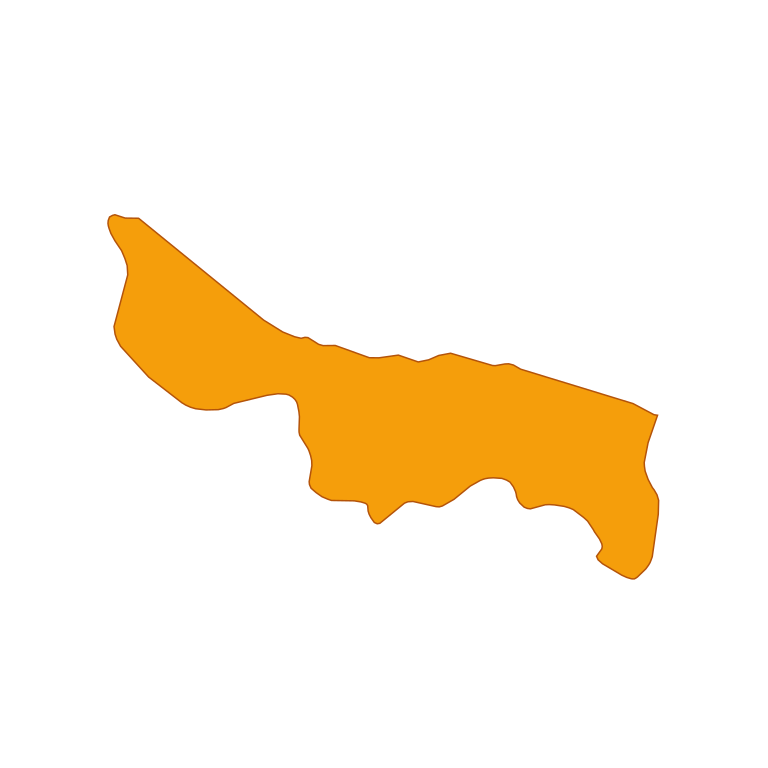 the Region of Greater Accra, rotated 215°
{"feature_id": "GHA-2172", "entity_name": "Greater Accra", "entity_type": "Region", "adm_level": 1, "iso_a3": "GHA", "parent_name": "Ghana", "parent_adm1": "", "projection": "mercator", "projection_center": [0.02, 5.749], "detail": "fine", "context": "isolated", "style": "filled", "palette": "amber", "viewbox_px": 768, "rotation_deg": 215, "n_neighbors": 0, "source": "natural_earth", "source_scale": "10m", "svg_char_len": 2040}
<svg xmlns="http://www.w3.org/2000/svg" viewBox="0 0 768 768"><g transform="rotate(215 384 384)"><path d="M680.0,379.0L519.2,367.3L496.9,368.5L484.4,371.4L478.1,373.9L475.5,376.9L472.9,378.4L460.3,379.0L455.9,380.5L446.0,387.6L411.1,397.1L403.2,402.5L388.8,415.9L368.6,421.7L361.3,429.4L355.5,438.8L347.1,447.4L305.7,461.4L303.3,462.9L296.5,469.7L293.4,472.1L288.8,473.8L280.6,474.5L168.8,510.8L145.2,513.7L142.0,515.3L134.0,487.4L125.8,468.9L123.4,465.9L120.1,462.4L112.9,457.3L104.8,453.1L102.0,452.2L96.8,449.8L92.3,446.2L84.6,434.6L65.2,396.4L64.1,392.4L63.6,390.1L63.4,387.2L63.5,382.7L65.7,371.3L66.3,369.6L67.1,368.0L68.5,367.0L69.7,366.3L74.2,364.8L79.5,363.8L101.9,362.1L107.8,362.8L111.1,364.8L111.0,373.9L112.1,376.2L113.9,378.0L118.7,380.7L126.7,383.6L129.1,384.8L138.6,388.5L143.9,389.2L156.9,389.7L161.1,388.8L166.2,387.1L175.1,382.7L179.5,380.0L182.6,377.6L192.5,365.7L195.2,364.3L198.6,363.5L204.6,364.4L208.1,365.9L210.8,367.8L212.6,369.7L214.5,371.3L219.0,374.0L224.5,375.9L228.5,375.6L233.3,374.3L240.6,369.9L244.3,367.0L247.0,364.3L248.5,362.3L249.9,360.1L254.8,349.9L260.5,329.7L266.2,317.6L268.2,315.1L271.0,313.4L292.9,304.4L296.9,301.2L298.9,298.1L307.5,267.5L309.4,265.6L312.5,265.0L318.1,267.0L321.5,268.8L324.1,270.8L327.6,275.0L329.4,275.7L331.2,275.5L335.2,274.2L341.4,271.2L360.2,258.5L364.0,257.4L370.1,256.1L377.3,256.1L384.0,256.8L387.4,258.9L389.3,261.1L396.2,275.7L399.3,279.8L403.0,283.2L407.2,286.3L409.4,287.6L423.7,293.7L426.0,295.9L427.6,298.1L434.5,308.7L437.8,312.5L443.2,317.7L445.3,319.2L448.1,320.3L451.4,320.8L455.5,320.5L458.4,319.5L465.3,315.2L473.3,307.7L495.9,282.0L499.9,274.1L501.5,271.8L505.1,267.9L514.9,260.7L524.1,255.7L529.2,254.0L534.4,253.0L538.0,252.8L538.4,252.7L580.7,254.7L621.4,263.8L628.6,267.4L632.9,270.6L638.1,276.2L656.5,326.4L662.3,333.7L668.1,338.1L675.4,342.7L686.6,347.0L694.1,350.7L698.4,353.7L700.4,355.3L702.2,357.2L703.7,359.8L704.6,363.4L703.1,366.4L701.5,368.3L691.1,371.5L680.1,379.0L680.0,379.0Z" fill="#f59e0b" stroke="#b45309" stroke-width="1.5"/></g></svg>